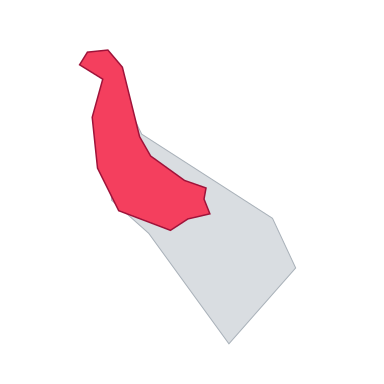 American Samoa, with Eastern highlighted, rotated 260°
{"feature_id": "ASM-4998", "entity_name": "Eastern", "entity_type": "state/province", "adm_level": 1, "iso_a3": "ASM", "parent_name": "American Samoa", "parent_adm1": "", "projection": "equal_earth", "projection_center": [-170.654, -14.284], "detail": "fine", "context": "in_parent", "style": "filled", "palette": "rose", "viewbox_px": 384, "rotation_deg": 260, "n_neighbors": 0, "source": "natural_earth", "source_scale": "10m", "svg_char_len": 531}
<svg xmlns="http://www.w3.org/2000/svg" viewBox="0 0 384 384"><g transform="rotate(260 192 192)"><path d="M152.1,266.7L99.2,280.9L36.1,202.0L158.8,142.2L197.8,111.4L346.8,127.0L257.7,152.5L152.1,266.7Z" fill="#d9dde1" stroke="#a8b0b8" stroke-width="1"/><path d="M158.0,164.1L186.3,116.6L231.9,103.1L282.9,106.7L318.6,123.7L336.8,103.4L347.9,113.3L346.4,133.8L327.0,145.1L255.5,150.0L234.6,157.5L204.7,186.6L193.5,206.5L182.9,202.6L167.4,205.8L166.2,183.3L158.0,164.1Z" fill="#f43f5e" stroke="#9f1239" stroke-width="1.5"/></g></svg>